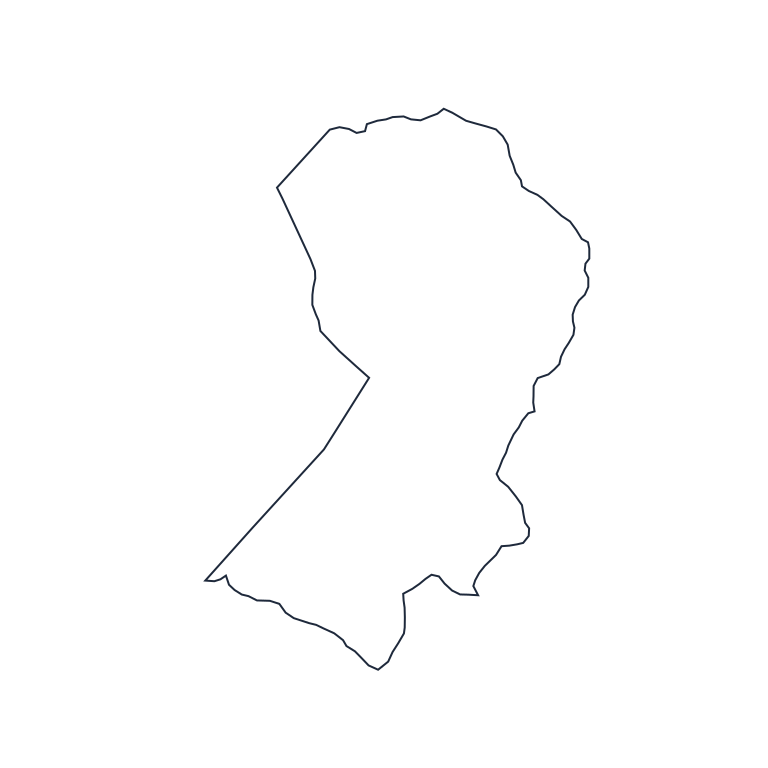 the district of Corumbataí, São Paulo, Brazil, rotated 131°
{"feature_id": "56859067B67739189457030", "entity_name": "Corumbataí", "entity_type": "district", "adm_level": 2, "iso_a3": "BRA", "parent_name": "Brazil", "parent_adm1": "São Paulo", "projection": "orthographic", "projection_center": [-47.609, -22.243], "detail": "fine", "context": "isolated", "style": "outline", "palette": "slate", "viewbox_px": 768, "rotation_deg": 131, "n_neighbors": 0, "source": "geoboundaries", "source_scale": "gbopen_adm2", "svg_char_len": 1918}
<svg xmlns="http://www.w3.org/2000/svg" viewBox="0 0 768 768"><g transform="rotate(131 384 384)"><path d="M140.3,374.3L140.0,385.0L140.6,392.3L143.3,401.3L144.3,409.5L140.4,414.4L138.1,423.3L133.7,430.3L129.3,438.9L122.2,447.7L119.1,456.8L118.4,466.5L122.4,475.6L127.5,486.2L131.5,494.8L134.4,510.1L137.1,519.5L145.0,521.0L151.6,524.6L161.0,529.4L166.6,537.3L169.2,544.7L176.9,552.6L183.0,556.1L189.6,561.7L199.1,567.4L205.6,564.2L212.5,569.4L214.5,577.7L219.4,586.1L227.6,591.8L306.0,593.6L310.6,582.5L338.0,521.4L343.9,510.3L349.5,505.1L357.3,500.8L363.7,496.5L371.3,490.0L376.1,481.2L379.0,475.0L385.7,466.8L388.5,439.1L388.9,416.7L389.1,399.3L452.3,389.5L472.8,386.4L578.5,388.9L649.6,389.9L644.1,382.6L638.7,379.3L632.3,377.6L637.2,369.3L637.5,361.6L636.2,353.2L633.0,347.1L630.7,337.9L622.5,327.9L618.6,318.7L621.1,308.2L619.9,298.5L613.6,283.6L610.3,277.2L608.1,269.1L604.8,258.0L604.2,246.8L606.4,240.4L604.8,230.6L605.5,221.7L606.5,211.0L603.5,201.0L590.8,198.7L580.6,201.7L570.3,203.2L559.2,205.3L554.2,208.6L546.4,215.2L539.3,221.7L534.5,227.2L529.7,231.9L520.2,228.3L511.6,226.1L503.8,224.8L496.8,223.0L493.2,216.3L494.9,207.3L495.2,197.1L492.9,188.5L487.8,182.3L481.7,174.4L477.9,184.0L472.3,186.4L464.1,188.2L455.1,188.6L439.5,187.3L429.3,188.9L423.7,183.3L417.6,178.3L412.6,174.7L403.7,175.1L397.7,179.8L396.2,186.4L391.2,192.8L384.9,200.4L382.4,210.6L380.1,222.9L380.5,233.5L378.0,240.0L371.3,242.1L363.3,245.0L355.8,246.8L348.9,249.8L337.0,253.1L328.3,253.8L321.0,255.6L311.4,255.9L305.9,252.4L300.1,259.2L295.3,263.0L287.3,269.8L278.7,271.9L268.9,266.2L261.3,265.1L254.0,264.7L247.3,268.3L239.3,270.5L231.8,271.5L222.6,273.3L216.6,277.2L212.8,282.5L207.9,287.1L200.6,290.3L193.1,291.7L184.9,291.0L176.7,293.5L169.8,299.5L166.7,307.0L161.0,310.9L154.7,311.3L147.1,317.9L143.2,323.0L144.8,329.9L141.6,340.0L139.3,350.2L140.6,360.2L140.3,374.3Z" fill="none" stroke="#1e293b" stroke-width="2"/></g></svg>